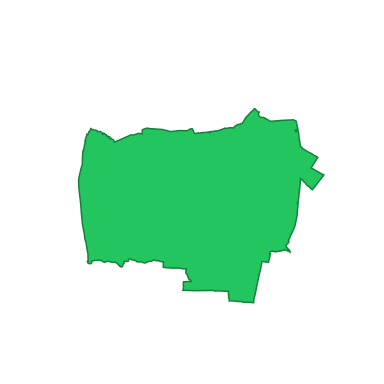 Draguseni, Botosani, Romania, rotated 310°
{"feature_id": "2599482B61564668293173", "entity_name": "Draguseni", "entity_type": "district", "adm_level": 2, "iso_a3": "ROU", "parent_name": "Romania", "parent_adm1": "Botosani", "projection": "orthographic", "projection_center": [26.821, 48.036], "detail": "fine", "context": "isolated", "style": "filled", "palette": "green", "viewbox_px": 384, "rotation_deg": 310, "n_neighbors": 0, "source": "geoboundaries", "source_scale": "gbopen_adm2", "svg_char_len": 5806}
<svg xmlns="http://www.w3.org/2000/svg" viewBox="0 0 384 384"><g transform="rotate(310 192 192)"><path d="M299.5,266.1L299.1,264.1L298.6,262.1L298.4,259.6L297.1,254.1L296.7,250.3L296.5,250.2L296.5,248.9L296.8,247.0L296.9,246.1L296.8,245.6L303.9,237.6L307.1,234.3L305.1,232.4L305.5,232.0L305.2,231.7L305.3,231.5L305.5,231.5L306.0,231.9L306.5,231.8L308.2,232.8L312.2,227.5L313.2,226.3L312.9,224.9L312.7,223.9L312.4,223.2L305.0,215.2L296.5,206.6L296.3,204.7L295.9,203.4L295.7,201.4L295.4,199.8L295.2,199.2L294.8,198.6L293.4,196.6L293.3,196.0L293.3,195.3L293.5,194.1L294.2,192.8L294.3,192.7L295.2,192.6L296.5,192.1L295.9,191.6L295.8,190.5L295.8,189.2L296.1,188.2L296.2,186.9L296.2,186.6L296.0,186.2L295.4,186.0L294.6,186.3L293.7,186.3L290.7,185.7L286.4,185.6L285.2,185.4L283.6,185.3L278.5,186.2L276.9,186.2L276.2,185.8L273.2,184.1L273.1,183.9L273.1,183.7L272.8,183.7L271.9,183.2L269.3,182.5L269.0,182.5L268.4,182.8L268.0,182.8L267.5,182.3L265.7,179.7L263.0,177.7L262.3,176.9L262.2,176.8L262.1,176.5L262.2,176.2L260.7,175.5L256.7,173.2L255.9,172.7L253.7,170.6L251.8,169.1L251.0,168.2L249.7,167.0L249.5,166.7L248.9,167.1L249.0,166.8L248.9,166.6L248.4,165.9L247.4,164.9L246.1,164.0L245.4,162.9L244.2,161.9L243.5,161.1L242.6,160.4L242.1,159.9L240.9,158.4L239.6,157.7L239.0,156.9L238.7,155.9L239.1,154.3L239.9,153.3L240.5,152.3L240.6,151.6L240.4,151.2L239.9,150.7L239.2,150.4L239.0,150.1L238.9,149.9L238.1,149.8L237.2,149.6L236.3,149.1L235.0,147.8L234.4,147.3L233.5,146.0L231.2,143.1L224.7,137.0L220.7,128.9L213.8,119.4L211.8,116.2L207.7,113.9L204.4,116.4L203.2,114.4L202.2,113.0L200.9,112.4L198.9,111.0L197.2,109.8L197.0,109.4L196.8,108.7L196.7,108.6L186.4,103.6L180.6,100.6L180.6,100.2L181.4,98.4L181.4,98.1L181.4,97.8L181.0,97.0L181.0,96.8L181.1,95.5L181.0,95.3L180.4,95.0L180.2,94.8L180.2,94.6L180.2,94.4L180.3,94.2L181.3,93.7L181.1,92.5L180.6,92.3L180.4,92.3L180.2,92.2L180.1,91.9L180.5,91.6L180.3,90.8L180.3,90.5L180.4,90.2L180.9,89.6L180.5,89.1L180.3,88.7L180.3,88.1L180.5,87.5L180.5,86.8L180.4,86.7L180.1,86.7L179.6,86.9L179.1,86.8L178.8,86.6L179.7,86.0L179.7,85.8L179.5,85.4L179.4,84.7L179.5,84.1L179.5,83.0L179.5,82.7L179.1,82.4L178.5,82.0L178.0,81.6L177.9,81.3L177.5,80.9L177.8,80.5L178.0,80.2L177.6,78.7L177.4,78.3L177.2,78.1L176.6,77.7L176.2,76.4L175.5,75.4L175.8,74.9L175.7,74.1L175.5,73.6L174.6,74.0L172.3,74.7L172.1,74.3L168.8,75.3L168.7,74.4L162.1,77.3L162.3,77.7L158.1,79.9L154.1,82.2L153.9,82.3L153.7,82.0L153.0,82.2L145.6,87.8L143.3,89.8L141.7,90.6L138.2,92.1L132.4,95.1L129.5,96.6L127.9,97.7L121.8,103.3L111.5,114.2L107.5,118.1L104.7,120.8L96.9,128.8L90.2,137.0L88.6,138.6L86.9,140.5L85.2,143.2L83.1,145.7L79.1,150.2L77.7,152.2L75.8,153.7L72.5,156.8L72.2,156.4L71.3,156.7L71.4,157.0L70.8,157.8L70.8,158.1L70.8,158.7L71.2,159.5L71.4,159.8L72.1,160.6L72.5,160.7L73.0,160.6L73.6,160.6L74.2,160.1L75.2,159.9L75.7,160.5L76.1,160.7L78.0,162.5L78.8,163.4L80.3,164.8L80.4,165.4L80.6,165.7L81.0,166.2L81.3,166.6L81.3,167.8L81.5,169.1L81.9,170.1L82.2,170.4L83.3,170.9L84.4,171.7L85.0,172.4L86.0,173.9L86.5,175.6L86.8,176.1L87.6,177.1L88.8,177.9L89.1,179.8L89.1,180.2L89.1,181.0L89.1,181.6L88.7,184.4L88.7,184.7L88.9,185.7L89.1,186.0L89.9,186.5L90.3,186.5L91.0,186.4L92.4,185.6L93.3,185.8L93.8,185.8L94.0,185.7L94.6,185.0L95.0,184.8L95.4,184.6L95.8,184.9L95.8,185.1L95.8,185.4L96.4,185.8L96.7,186.4L97.1,186.7L97.5,187.5L98.4,187.7L98.8,187.3L99.7,186.8L99.9,186.8L100.3,187.0L100.8,187.6L101.3,188.3L101.4,188.6L101.3,189.5L101.9,190.2L102.3,191.2L103.2,192.6L103.3,193.3L103.2,193.7L103.0,194.2L103.2,194.8L104.1,195.7L104.2,196.3L104.6,196.8L105.8,197.9L106.1,198.3L106.2,198.7L106.3,199.6L106.5,200.1L107.2,201.1L107.3,201.6L108.1,202.1L109.3,202.6L110.4,203.1L111.9,204.3L112.4,205.1L112.7,205.2L113.7,205.8L114.8,206.0L115.3,206.3L116.1,207.5L116.2,208.4L116.3,208.9L117.7,210.1L118.4,212.2L119.5,214.6L120.0,215.2L119.4,215.6L115.9,218.3L117.1,220.5L121.6,226.6L124.8,230.2L125.5,231.2L126.6,233.0L127.1,234.2L129.4,237.1L129.3,237.4L128.9,237.6L128.2,237.7L127.7,237.9L127.4,238.2L127.2,238.3L126.9,238.7L126.0,239.4L125.7,239.9L125.8,240.3L125.8,240.8L125.3,241.6L125.0,242.6L123.4,245.0L123.2,245.7L123.3,246.5L123.6,247.3L123.5,247.7L123.2,248.7L122.9,248.9L121.5,247.2L118.5,244.0L117.8,243.2L116.9,243.8L115.4,244.9L114.5,245.9L112.2,247.6L110.8,248.3L114.2,252.4L117.4,256.6L119.5,259.1L129.4,270.6L130.1,271.6L130.7,272.2L131.0,272.3L131.3,272.2L130.8,272.7L130.8,273.0L131.0,273.4L132.6,275.1L134.3,277.2L139.2,283.8L135.9,286.8L133.8,289.1L133.5,289.7L132.4,290.7L133.5,291.6L135.1,293.7L138.3,298.5L139.7,300.1L140.4,301.9L141.6,303.8L143.0,305.1L143.6,306.0L144.3,306.7L145.4,308.4L146.1,309.3L146.8,310.4L147.5,309.9L148.7,308.9L149.6,308.3L150.2,308.0L150.9,307.8L157.7,304.3L159.5,303.2L162.8,301.4L173.5,295.8L175.7,294.8L183.6,290.4L184.5,291.4L186.2,294.2L187.4,295.8L195.0,291.9L194.5,291.1L195.9,290.3L196.5,290.4L197.0,290.7L198.6,292.1L199.3,293.1L199.5,294.0L199.8,294.5L200.6,295.0L202.3,296.5L202.8,297.0L203.3,297.3L204.4,298.4L205.6,299.0L206.6,299.6L207.0,300.2L207.7,300.9L207.9,301.7L208.1,302.0L208.3,302.5L208.3,303.2L208.8,304.0L209.0,305.7L209.6,305.0L209.7,304.6L210.0,304.1L210.1,303.8L210.0,302.6L210.5,301.0L210.6,299.9L210.9,298.8L211.8,298.5L212.0,298.3L212.3,298.2L212.9,298.2L214.1,298.6L215.3,298.2L216.3,298.3L217.1,296.8L219.0,296.6L221.8,295.6L222.4,295.3L223.1,295.3L229.1,293.7L231.9,292.7L235.0,291.2L241.8,287.4L251.7,280.4L251.5,280.1L251.8,280.2L252.2,280.0L254.9,278.2L256.9,277.0L261.8,273.6L262.2,273.5L268.2,269.3L272.2,266.3L272.1,268.0L271.7,271.5L271.8,272.8L271.7,273.3L271.2,274.5L271.0,276.5L271.3,278.5L271.3,279.6L271.2,280.0L270.9,280.4L271.1,282.7L272.2,282.8L289.8,282.1L289.7,281.8L289.6,281.4L289.2,279.6L288.3,274.6L287.9,272.9L287.7,271.0L287.0,267.8L299.5,266.1Z" fill="#22c55e" stroke="#15803d" stroke-width="1.5"/></g></svg>